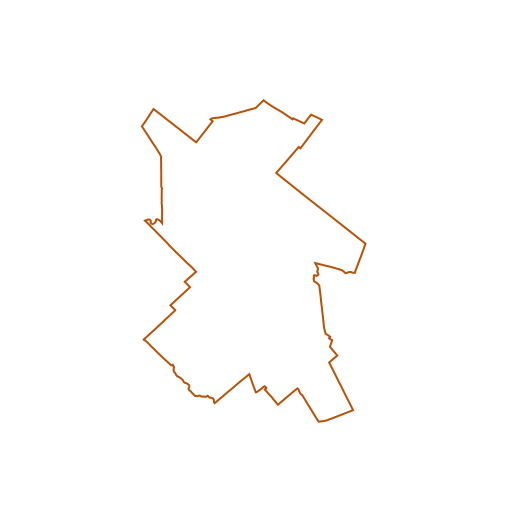 outline of Slobozia Ciorasti, Vrancea, Romania, rotated 217°
{"feature_id": "2599482B76113963406220", "entity_name": "Slobozia Ciorasti", "entity_type": "district", "adm_level": 2, "iso_a3": "ROU", "parent_name": "Romania", "parent_adm1": "Vrancea", "projection": "robinson", "projection_center": [27.208, 45.598], "detail": "fine", "context": "isolated", "style": "outline", "palette": "amber", "viewbox_px": 512, "rotation_deg": 217, "n_neighbors": 0, "source": "geoboundaries", "source_scale": "gbopen_adm2", "svg_char_len": 6113}
<svg xmlns="http://www.w3.org/2000/svg" viewBox="0 0 512 512"><g transform="rotate(217 256 256)"><path d="M343.6,385.0L344.4,380.1L344.8,377.3L345.3,374.2L345.7,373.5L346.7,372.2L349.3,369.0L350.4,367.5L352.3,364.9L353.6,363.3L356.2,359.9L358.8,356.5L362.0,352.5L362.7,351.6L363.2,350.9L363.8,350.1L364.3,349.4L365.1,348.5L366.4,346.9L367.5,345.9L368.0,345.2L369.4,343.7L371.1,342.3L372.7,340.8L372.9,340.6L373.5,340.0L374.4,338.6L374.5,338.2L374.6,337.7L374.0,337.6L371.8,337.5L371.7,337.5L371.7,336.9L371.8,334.0L371.9,327.4L372.0,320.0L372.2,310.8L375.7,310.8L381.6,310.9L382.9,311.0L384.7,311.0L390.8,311.1L393.8,311.2L394.4,311.2L396.7,311.2L398.7,311.2L400.2,311.3L404.2,311.4L404.6,311.4L405.2,311.4L406.1,311.4L408.8,311.4L412.3,311.5L414.0,311.5L416.0,311.6L419.1,311.6L421.0,311.6L423.9,311.7L426.3,311.7L426.2,310.4L426.1,308.4L426.0,306.5L425.7,303.3L425.5,299.5L425.3,296.7L425.2,292.0L425.2,290.9L418.0,288.3L415.2,287.3L411.6,286.0L409.1,285.1L406.9,284.2L402.9,282.9L399.1,281.5L396.6,280.5L395.2,280.0L394.1,279.6L392.8,278.9L392.3,278.7L391.2,277.7L390.1,276.2L387.1,272.4L385.2,269.8L382.8,266.8L380.5,263.8L378.2,260.7L377.1,259.3L373.7,254.8L373.0,254.1L371.7,253.5L371.1,252.0L369.9,250.6L368.3,248.3L366.6,246.1L366.0,245.1L364.7,243.7L364.2,243.0L363.0,241.1L362.3,240.6L361.6,239.8L359.1,236.8L357.2,234.3L354.8,231.0L352.7,228.3L350.7,225.7L352.5,226.2L354.3,226.4L355.0,226.4L355.5,226.2L356.5,226.1L357.1,225.8L357.5,225.4L357.7,224.9L357.6,224.6L357.1,224.2L356.8,222.2L356.8,221.2L357.1,220.4L357.5,219.7L358.1,219.1L358.7,219.0L359.7,219.0L360.2,219.2L360.6,219.7L360.8,220.3L361.1,220.6L361.5,221.0L362.1,221.0L362.6,220.9L363.1,220.9L363.7,220.6L364.0,220.3L364.4,219.8L365.2,218.7L365.8,217.8L366.0,217.4L362.3,217.0L358.8,216.5L356.8,216.1L352.6,215.6L346.8,214.7L345.1,214.5L342.5,214.1L339.3,213.6L336.4,213.2L334.6,212.9L332.9,212.6L332.7,212.5L332.5,212.4L332.4,212.4L330.5,212.1L328.9,211.9L326.1,211.5L321.5,210.8L318.7,210.5L314.0,209.9L312.1,209.7L309.3,209.3L305.4,208.8L302.9,208.6L300.2,208.3L297.2,207.8L294.3,207.3L295.8,200.4L297.4,192.5L296.8,192.4L296.3,192.4L289.9,191.4L290.2,189.7L294.5,166.2L294.7,165.6L294.7,165.1L289.3,164.4L287.9,164.2L287.8,163.9L287.9,163.3L288.0,162.8L288.4,160.6L288.7,159.0L288.9,157.9L289.1,156.5L289.3,155.3L289.7,153.3L289.9,152.2L290.2,150.9L290.5,148.8L290.5,148.4L290.5,148.0L291.3,144.0L291.9,140.6L292.6,136.5L295.4,121.7L294.9,121.5L293.9,121.8L293.4,121.8L291.5,121.7L289.0,121.4L287.4,121.2L286.3,120.9L280.6,120.2L275.6,119.5L273.6,119.3L269.7,118.8L267.6,118.6L266.3,118.4L265.5,118.4L265.1,118.3L263.2,118.2L259.7,117.8L258.2,117.7L257.7,118.1L257.3,118.2L257.0,118.2L256.9,119.0L256.0,118.7L255.0,118.2L254.5,117.8L254.2,117.3L254.0,116.8L253.9,116.3L253.6,115.7L252.9,115.2L251.9,114.2L251.2,114.0L250.6,114.0L250.1,113.9L249.5,113.7L248.5,113.1L247.8,112.8L247.0,112.7L246.6,112.5L246.2,112.6L245.7,112.8L245.1,112.8L244.6,113.0L244.1,113.0L243.5,113.0L242.4,113.1L241.5,113.1L240.7,113.0L240.1,112.9L239.3,112.6L238.6,112.3L237.8,111.9L237.4,111.8L237.0,111.9L236.7,111.9L235.8,112.2L235.4,112.4L234.5,112.6L233.6,112.7L232.3,112.6L231.6,112.5L231.3,112.3L231.0,111.9L230.7,111.5L230.4,111.0L230.3,110.8L230.3,110.2L230.2,109.9L230.0,109.5L229.6,109.0L229.2,108.8L228.6,108.7L228.2,108.7L227.7,108.7L227.3,108.7L226.5,108.6L225.9,108.5L225.5,108.3L225.0,108.2L224.5,108.2L224.1,108.1L223.2,107.9L221.6,107.7L221.2,107.7L220.8,107.6L220.4,107.7L220.0,107.9L219.6,108.1L219.3,108.2L218.9,108.4L218.6,108.6L218.4,108.9L218.0,109.5L217.5,110.2L217.2,110.5L216.9,110.6L216.4,110.7L215.9,110.7L215.3,110.8L215.2,110.8L214.8,111.0L214.3,111.5L213.9,111.9L213.5,112.1L213.2,112.3L212.8,112.5L212.1,112.9L211.5,113.2L211.2,113.5L211.1,113.8L210.9,114.4L210.7,115.0L210.4,115.2L210.1,115.2L209.8,115.3L209.3,115.1L209.0,115.0L208.6,115.0L208.3,115.0L207.9,115.0L207.5,115.3L207.1,115.6L206.9,115.7L206.5,115.8L205.6,116.1L204.9,116.4L204.6,116.4L203.7,116.1L203.0,115.6L202.3,114.8L201.7,114.0L201.1,113.8L200.5,113.6L200.3,114.4L200.1,115.1L198.6,121.8L196.5,131.1L196.4,131.4L195.8,133.8L193.6,143.8L193.0,146.5L191.5,152.5L190.6,156.1L190.2,157.6L181.4,151.7L174.1,147.0L173.7,147.3L172.9,149.5L172.4,151.2L171.9,152.7L171.7,153.4L171.6,153.8L171.7,154.3L171.5,155.2L171.1,156.2L171.0,156.6L170.8,157.0L170.6,157.2L170.2,157.2L169.8,157.1L169.2,157.0L168.9,157.0L168.3,156.9L168.1,156.5L168.8,154.7L164.6,153.8L163.2,153.5L161.7,153.3L158.3,152.7L157.0,152.4L156.8,152.2L149.0,150.4L145.1,167.7L144.6,169.8L143.2,175.2L142.0,175.0L141.9,175.0L141.3,174.8L140.5,174.2L139.6,173.7L138.4,173.1L137.2,172.7L136.3,172.6L135.5,172.7L135.2,172.6L134.1,172.2L131.0,171.0L123.8,168.1L117.6,165.7L112.2,163.6L109.5,162.5L107.2,161.7L106.2,161.4L102.2,165.4L101.4,166.2L100.7,167.1L99.9,168.4L97.0,172.9L91.8,181.4L85.7,191.3L86.3,191.6L133.5,215.0L131.2,225.4L142.3,228.0L144.5,234.6L147.5,234.2L148.2,234.3L148.0,235.4L148.2,236.2L153.6,235.8L154.3,236.5L155.1,236.9L157.6,238.9L159.0,240.3L161.7,243.1L164.9,246.6L169.7,251.6L177.4,259.7L182.4,265.1L184.0,266.7L187.7,270.5L190.8,271.1L194.4,270.8L195.4,271.7L195.6,272.0L195.9,272.1L196.2,272.3L196.5,272.7L196.6,273.1L196.8,273.8L197.1,274.0L197.5,274.5L198.0,275.2L198.0,275.5L197.8,275.8L197.4,276.1L196.3,276.5L195.9,276.4L195.7,276.5L195.6,276.9L195.4,277.2L195.1,277.5L195.1,278.1L195.1,278.7L195.3,279.2L196.6,279.9L197.3,280.0L197.6,280.3L197.9,280.7L198.0,281.2L197.9,281.5L198.1,281.9L198.5,282.3L199.0,283.4L204.4,286.0L187.8,293.1L178.9,296.4L175.3,296.3L174.4,296.2L174.0,296.4L173.6,296.6L172.9,297.8L172.0,299.3L171.3,299.9L170.5,300.3L169.7,300.5L169.1,300.7L166.9,302.0L167.2,302.5L172.1,319.3L175.9,331.7L201.5,332.3L223.6,332.8L234.1,333.0L249.0,333.3L254.2,333.4L258.5,333.5L259.3,333.6L264.5,333.7L269.0,333.8L271.5,333.9L279.4,334.1L282.4,334.2L285.5,334.3L289.8,334.5L288.4,354.9L287.5,368.8L285.3,368.7L285.3,374.1L285.3,376.5L285.3,384.7L285.3,396.0L285.2,404.4L287.2,404.1L289.9,403.6L297.1,402.0L297.2,390.9L309.1,388.3L309.1,387.1L321.2,386.6L333.3,385.2L339.3,384.9L342.9,384.9L343.6,385.0Z" fill="none" stroke="#b45309" stroke-width="2"/></g></svg>